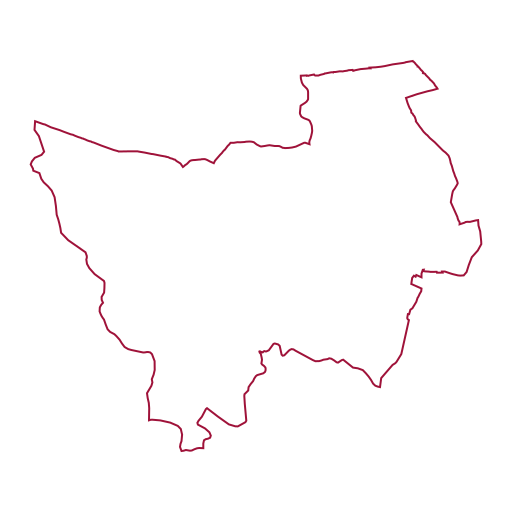 outline of Farliug, Caras-Severin, Romania
{"feature_id": "2599482B98353874095060", "entity_name": "Farliug", "entity_type": "district", "adm_level": 2, "iso_a3": "ROU", "parent_name": "Romania", "parent_adm1": "Caras-Severin", "projection": "robinson", "projection_center": [21.876, 45.494], "detail": "fine", "context": "isolated", "style": "outline", "palette": "rose", "viewbox_px": 512, "rotation_deg": 0, "n_neighbors": 0, "source": "geoboundaries", "source_scale": "gbopen_adm2", "svg_char_len": 5963}
<svg xmlns="http://www.w3.org/2000/svg" viewBox="0 0 512 512"><path d="M203.3,448.2L203.3,443.5L204.0,440.3L205.7,439.2L208.0,438.7L210.1,437.7L210.8,435.6L209.4,432.3L205.0,428.4L197.9,424.6L197.4,422.8L198.5,420.8L201.9,416.7L205.9,409.1L207.0,408.2L217.8,416.5L228.9,424.4L235.3,426.3L237.8,426.4L245.4,422.2L246.3,420.7L244.8,404.0L244.3,395.9L244.5,394.2L248.2,390.5L248.6,387.1L250.7,384.0L253.1,381.1L254.2,378.6L255.8,376.2L257.2,375.1L263.3,373.3L265.0,371.9L265.5,370.6L265.6,369.6L265.6,368.5L265.4,367.5L264.0,365.9L262.2,364.6L261.4,363.5L262.0,359.7L261.6,357.3L260.7,353.6L259.8,352.8L259.5,352.0L259.4,351.5L259.9,351.3L260.6,352.2L261.3,352.4L261.7,352.0L262.7,352.4L263.7,351.4L264.3,351.1L265.8,351.5L266.4,351.4L268.8,350.3L273.5,343.9L274.8,343.5L278.1,344.4L279.2,345.4L279.7,345.9L281.6,354.6L282.7,355.7L284.3,355.3L288.9,350.6L290.2,349.7L291.6,349.1L293.5,349.4L295.5,350.7L312.9,360.1L315.4,361.2L319.2,361.1L321.4,360.5L323.4,359.7L327.6,359.1L329.2,358.3L331.3,358.7L334.1,360.4L336.6,362.3L338.0,362.6L341.8,360.1L343.2,359.7L353.0,367.6L357.8,368.3L362.8,370.1L365.8,373.2L368.6,376.5L371.0,379.9L373.1,383.6L375.2,385.6L375.6,385.8L377.7,386.6L380.0,387.1L381.2,378.1L392.6,364.9L395.3,363.2L396.5,361.9L401.3,354.1L408.9,320.1L407.8,319.3L407.3,318.4L407.3,317.5L407.9,314.1L409.1,314.2L410.4,309.7L412.4,308.3L416.3,301.8L417.6,297.8L418.2,297.0L419.8,293.6L421.2,291.3L421.5,288.5L411.3,284.0L411.6,281.7L412.2,277.9L413.9,275.7L415.6,276.7L416.3,275.0L421.5,277.3L421.5,273.6L422.8,269.8L423.7,269.7L423.2,271.1L425.3,271.4L428.7,271.6L430.7,271.9L436.7,271.8L437.0,272.7L442.5,272.6L442.1,271.5L444.8,271.5L450.0,273.3L452.6,274.1L458.0,275.4L460.2,275.6L463.7,275.4L466.6,272.0L468.8,265.0L471.8,257.2L477.8,250.5L481.3,244.1L481.2,241.5L480.2,231.4L478.5,225.6L478.1,220.1L475.9,220.4L469.9,221.9L467.5,221.8L465.7,222.0L464.5,222.7L459.6,224.3L459.7,223.5L459.4,221.7L459.2,221.4L458.5,220.6L457.6,218.1L457.4,217.0L450.8,202.2L452.2,194.1L452.8,191.5L453.2,190.6L454.9,188.3L457.0,184.8L457.7,183.4L457.6,182.6L457.2,181.3L456.1,178.4L455.0,176.0L454.1,173.2L453.3,171.2L451.8,165.8L450.7,163.0L450.4,161.3L449.7,158.4L448.5,155.6L445.6,152.6L443.4,150.9L442.5,150.1L434.7,142.2L429.9,138.1L427.3,135.2L426.2,134.4L423.7,131.9L422.1,129.8L421.6,129.0L419.9,126.9L418.0,124.2L415.9,121.4L415.8,121.1L416.0,120.6L414.9,117.2L414.2,116.0L413.5,115.3L412.6,113.7L411.3,112.6L411.1,110.4L409.6,108.0L408.9,106.4L407.6,103.1L406.0,97.9L417.0,94.2L427.4,91.3L432.7,90.1L437.5,88.7L436.7,87.4L435.1,85.5L434.0,83.5L433.3,82.7L432.4,81.8L432.0,81.3L430.3,79.8L429.9,79.6L429.4,78.6L425.8,75.0L425.2,74.0L424.2,73.3L423.2,73.3L422.9,73.1L423.1,72.1L421.8,70.6L420.9,69.9L420.1,68.8L418.4,66.8L417.7,66.6L417.8,66.3L417.7,66.1L415.8,64.2L415.0,63.1L413.6,61.7L413.2,61.5L412.7,61.4L412.6,61.0L405.7,62.2L405.1,62.5L403.4,62.9L392.6,64.4L384.7,66.1L381.0,66.7L375.5,67.3L369.8,67.6L370.2,68.3L368.9,68.3L366.4,68.6L360.6,69.1L354.8,70.3L353.6,70.8L352.9,70.7L352.7,70.4L352.8,70.0L352.7,69.9L350.2,70.1L348.6,70.2L347.1,70.7L344.1,71.1L342.8,71.4L339.8,71.3L335.4,72.0L333.7,72.0L333.2,72.5L332.3,72.2L330.6,72.4L325.6,73.4L324.6,73.5L324.3,73.8L323.8,74.0L320.4,74.8L318.5,75.5L315.2,75.5L314.5,75.2L314.0,74.5L309.1,75.5L308.4,75.8L307.5,75.6L306.9,75.8L306.7,75.4L305.4,75.5L300.8,75.7L300.8,77.1L300.9,78.7L301.9,82.6L303.2,85.0L307.0,88.8L307.8,90.3L308.0,91.2L308.1,92.4L308.1,98.2L308.1,99.1L307.9,99.7L306.6,101.6L305.0,102.9L300.9,105.5L300.6,105.8L299.9,112.9L300.0,113.8L301.2,116.4L302.2,117.2L304.2,118.3L308.0,119.7L309.2,120.4L309.9,121.3L311.3,124.5L311.8,126.1L312.2,130.9L311.9,132.9L311.2,136.0L310.5,138.5L309.8,140.0L309.4,141.5L309.3,142.9L309.5,144.2L305.1,142.7L304.1,142.8L295.9,146.6L292.1,147.5L288.9,147.9L285.0,148.1L284.0,147.9L282.7,147.8L280.7,146.7L279.3,146.1L278.0,146.0L274.7,146.0L269.5,145.2L267.3,145.5L264.7,146.0L261.0,146.5L259.8,146.1L256.7,144.5L253.8,142.2L251.8,141.7L249.5,141.5L247.9,141.6L246.0,141.7L244.6,142.0L240.0,142.3L237.4,142.2L233.8,142.8L230.5,142.8L229.1,144.6L227.7,145.9L224.8,149.8L224.5,149.9L222.9,151.6L222.0,152.9L220.2,154.7L215.6,160.0L214.9,160.9L213.8,163.2L210.0,161.5L207.2,160.0L205.5,159.3L204.6,159.1L201.8,159.2L200.5,159.5L198.8,159.6L195.1,160.0L193.1,160.1L191.7,160.3L190.4,160.7L189.6,161.2L187.5,163.4L186.6,164.2L185.0,165.2L184.1,166.1L182.9,167.0L180.7,163.8L180.2,163.3L176.6,161.1L174.9,159.6L173.7,159.4L172.6,158.8L170.0,158.1L168.3,157.2L166.7,156.9L166.1,156.8L166.0,156.6L160.3,155.6L153.0,154.1L151.6,154.0L144.8,152.6L138.8,151.6L137.4,151.3L130.9,151.3L118.6,151.5L117.8,151.1L113.7,150.0L101.4,145.6L93.6,142.5L92.0,142.1L90.8,141.4L89.8,141.3L87.2,140.4L85.1,139.4L83.9,139.0L83.3,138.6L82.0,138.4L80.8,137.8L78.4,137.1L74.6,135.6L73.0,134.8L70.7,134.3L63.9,131.8L59.6,130.1L50.9,127.3L45.0,124.5L43.2,124.1L35.1,121.2L34.5,129.9L38.9,136.1L44.1,151.7L41.5,154.9L34.8,157.8L31.9,161.4L30.7,164.4L33.0,168.7L33.3,170.7L39.4,173.1L41.3,178.8L43.7,182.3L48.0,186.3L51.7,190.6L54.6,197.2L55.9,206.0L56.7,214.8L58.2,219.2L59.4,223.7L60.4,228.2L61.1,232.8L68.2,240.2L85.5,252.3L86.8,256.0L86.8,257.8L86.3,259.5L87.0,263.9L89.3,268.1L94.6,274.1L104.0,281.0L104.5,282.8L104.5,283.7L104.4,288.2L104.1,292.6L101.6,296.9L101.7,299.9L103.0,302.8L101.3,304.7L100.1,306.8L99.8,307.6L99.6,311.4L100.4,313.5L101.4,315.7L102.6,317.7L104.0,319.6L105.7,324.5L107.6,329.3L110.1,331.9L114.4,334.2L116.3,336.0L119.6,339.7L121.9,343.4L124.6,347.0L128.2,349.1L131.4,350.0L143.2,352.5L144.9,352.4L147.1,352.0L148.7,352.1L150.3,352.5L152.0,354.2L154.6,361.1L154.7,370.0L153.6,374.7L151.8,379.2L152.4,382.5L151.4,385.8L147.0,393.2L147.7,398.1L148.8,402.9L149.2,408.2L149.0,420.3L150.6,419.8L152.2,419.7L160.3,420.4L170.2,422.6L177.8,425.9L180.8,429.0L182.1,434.6L181.5,441.1L180.5,443.9L180.0,446.9L181.5,451.0L183.7,450.7L185.9,450.0L190.0,450.7L191.8,450.5L194.3,449.3L197.0,448.3L199.1,448.0L203.3,448.2Z" fill="none" stroke="#9f1239" stroke-width="2"/></svg>